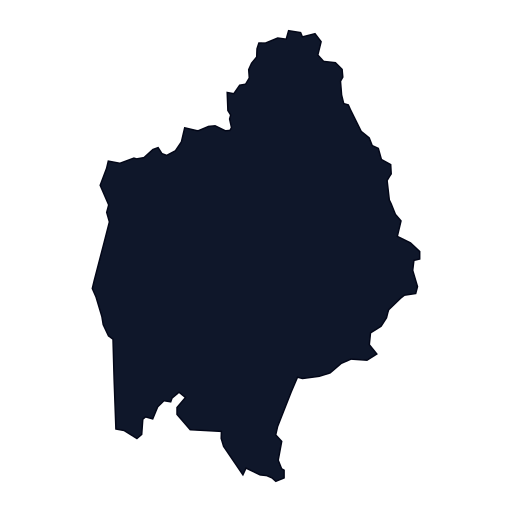 Comerío, Puerto Rico (Equal Earth projection)
{"feature_id": "32010507B91105509770544", "entity_name": "Comerío", "entity_type": "district", "adm_level": 2, "iso_a3": "PRI", "parent_name": "Puerto Rico", "parent_adm1": "", "projection": "equal_earth", "projection_center": [-66.218, 18.225], "detail": "fine", "context": "isolated", "style": "filled", "palette": "ink", "viewbox_px": 512, "rotation_deg": 0, "n_neighbors": 0, "source": "geoboundaries", "source_scale": "gbopen_adm2", "svg_char_len": 1748}
<svg xmlns="http://www.w3.org/2000/svg" viewBox="0 0 512 512"><path d="M419.7,259.0L419.7,251.5L410.5,242.9L397.3,236.4L401.0,220.9L395.4,214.4L391.2,203.9L389.3,200.0L387.1,180.5L389.7,176.1L391.2,173.9L390.7,164.6L381.4,159.5L378.3,148.4L372.2,145.6L369.2,137.9L361.2,131.4L350.4,109.6L348.3,104.9L343.7,103.6L341.6,95.0L340.5,81.2L342.8,77.1L342.1,69.4L335.4,62.7L323.6,61.4L317.8,55.0L321.1,41.7L315.0,33.7L302.4,36.9L300.6,32.6L288.6,30.7L286.2,39.2L277.7,38.0L265.4,43.1L258.9,43.0L257.0,48.8L256.7,57.0L251.6,63.2L248.7,69.6L249.3,78.0L245.6,84.2L239.7,85.2L233.8,93.7L227.2,92.5L227.9,110.5L230.7,115.0L229.6,119.0L231.5,127.6L230.0,130.4L225.4,130.8L215.1,125.8L208.6,126.4L198.4,130.7L197.0,130.7L184.7,127.8L181.4,141.9L175.4,150.8L166.7,155.4L161.9,153.6L158.1,147.6L152.9,149.5L144.0,157.6L136.6,158.9L133.9,158.1L119.9,163.3L108.3,161.1L106.6,168.3L100.2,185.3L108.7,204.9L106.7,212.4L109.4,221.9L103.6,244.5L94.3,280.2L92.3,288.5L96.0,296.9L101.9,316.6L103.2,324.6L108.5,335.9L113.0,339.2L114.1,379.1L115.9,429.0L124.1,430.5L136.9,438.5L141.7,434.4L142.8,419.2L145.6,416.9L152.7,418.9L157.7,406.8L163.9,400.7L170.7,401.8L172.0,398.1L179.0,392.2L185.5,397.5L177.0,407.5L177.0,414.4L190.2,429.7L221.4,431.4L221.2,438.4L223.6,446.4L242.9,474.8L246.0,468.1L260.1,474.9L266.7,475.6L272.0,477.9L275.8,481.3L284.1,477.9L284.1,470.2L281.6,468.8L278.2,460.2L281.7,441.4L275.7,434.9L277.6,426.5L291.4,391.4L291.5,391.2L297.5,377.2L302.5,378.5L319.2,376.3L330.1,372.9L341.2,363.4L351.0,359.1L367.0,360.2L376.8,354.0L369.3,344.7L370.5,332.9L381.1,326.2L386.5,317.8L387.8,312.6L388.7,309.7L400.6,298.2L404.4,295.2L415.7,293.5L417.5,286.6L412.7,270.4L413.1,267.0L413.9,260.4L419.7,259.0Z" fill="#0f172a" stroke="#020617" stroke-width="1.5"/></svg>